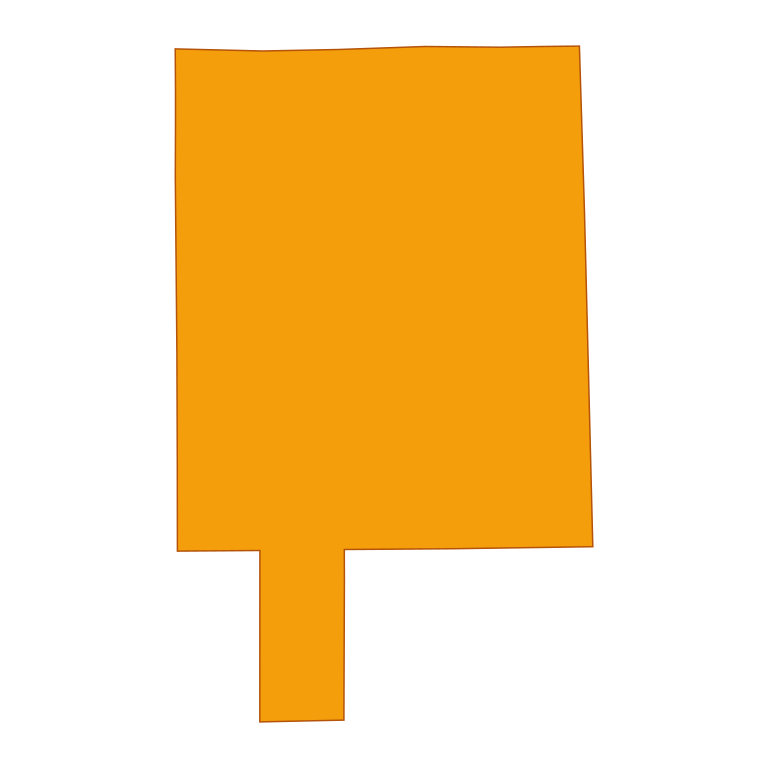 outline of LaSalle, Illinois, United States of America
{"feature_id": "52423323B71481702095612", "entity_name": "LaSalle", "entity_type": "district", "adm_level": 2, "iso_a3": "USA", "parent_name": "United States of America", "parent_adm1": "Illinois", "projection": "albers", "projection_center": [-88.932, 41.279], "detail": "fine", "context": "isolated", "style": "filled", "palette": "amber", "viewbox_px": 768, "rotation_deg": 0, "n_neighbors": 0, "source": "geoboundaries", "source_scale": "gbopen_adm2", "svg_char_len": 410}
<svg xmlns="http://www.w3.org/2000/svg" viewBox="0 0 768 768"><path d="M579.4,46.1L542.2,46.5L500.5,47.2L424.9,46.5L338.7,49.5L262.5,51.0L175.2,48.9L175.3,59.2L175.5,90.4L175.5,125.3L175.3,176.1L176.9,353.8L177.3,466.6L177.4,551.1L259.9,550.5L259.8,721.9L343.9,720.1L344.4,581.8L344.3,549.5L429.9,548.9L454.6,548.7L592.8,546.7L584.5,213.0L579.4,46.1Z" fill="#f59e0b" stroke="#b45309" stroke-width="1.5"/></svg>